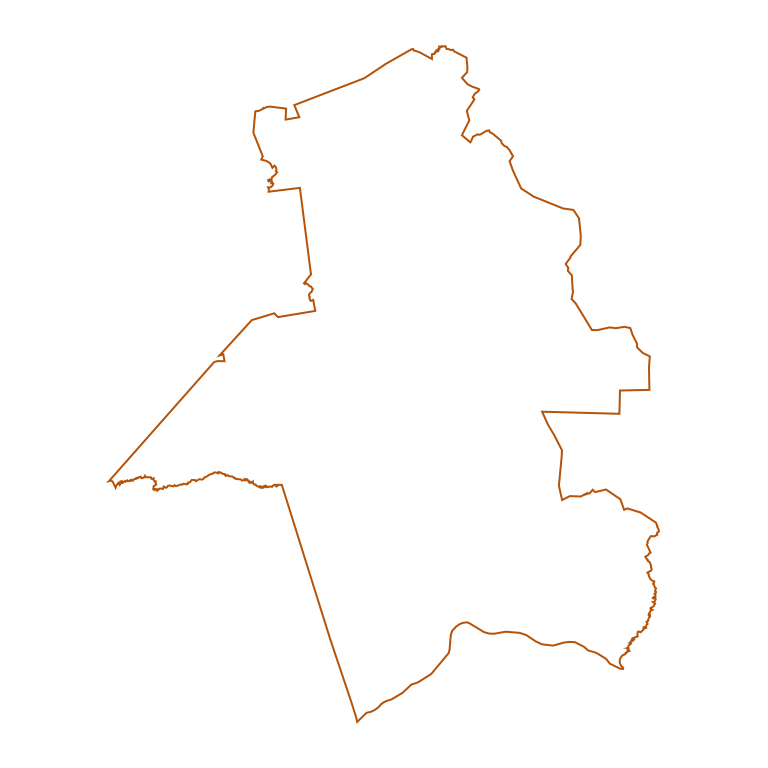 the district of Sējas pag., Sejas, Latvia
{"feature_id": "27541924B77555962795430", "entity_name": "Sējas pag.", "entity_type": "district", "adm_level": 2, "iso_a3": "LVA", "parent_name": "Latvia", "parent_adm1": "Sejas", "projection": "mercator", "projection_center": [24.49, 57.215], "detail": "fine", "context": "isolated", "style": "outline", "palette": "amber", "viewbox_px": 768, "rotation_deg": 0, "n_neighbors": 0, "source": "geoboundaries", "source_scale": "gbopen_adm2", "svg_char_len": 6083}
<svg xmlns="http://www.w3.org/2000/svg" viewBox="0 0 768 768"><path d="M625.2,654.2L625.6,652.9L626.6,652.8L627.1,651.7L629.3,651.0L628.7,650.2L628.3,650.6L627.6,650.0L627.7,649.1L628.6,649.1L628.5,648.4L627.1,648.1L628.0,647.8L628.5,645.8L631.1,643.5L630.7,642.9L629.7,642.8L630.9,641.7L631.8,639.4L632.5,639.2L632.4,640.3L632.9,640.8L634.2,639.3L633.0,638.1L637.7,636.4L637.3,635.1L637.7,632.2L638.4,631.5L640.7,632.2L643.2,629.9L643.6,628.9L645.2,628.2L643.5,627.7L643.6,627.2L645.9,626.8L646.5,624.9L647.6,623.9L646.6,621.7L648.1,620.9L648.3,619.2L650.2,616.1L650.0,615.2L649.2,615.9L648.7,615.5L648.8,614.0L650.6,610.8L652.4,609.9L650.5,608.9L650.4,608.2L653.4,606.4L655.1,603.8L653.1,602.1L654.5,601.9L655.7,599.3L654.7,598.2L653.5,598.5L652.8,598.0L653.6,597.1L655.4,597.1L655.4,594.9L654.5,594.1L655.4,593.6L656.0,592.1L655.2,591.8L655.2,590.3L656.0,588.3L654.9,587.4L654.0,584.9L653.2,584.2L653.2,583.4L653.8,583.2L654.3,581.4L652.0,580.5L650.3,578.9L648.7,575.6L648.9,574.7L647.4,572.6L651.1,570.6L651.7,569.3L651.1,567.4L650.8,564.8L649.5,561.9L648.1,561.3L648.1,560.5L647.4,560.1L647.5,559.4L646.3,558.6L645.3,556.8L648.1,555.1L649.4,553.2L650.6,552.7L646.9,544.7L647.7,542.9L647.4,541.6L650.7,536.2L654.4,536.3L657.3,534.7L656.9,533.5L657.3,532.6L659.0,531.4L658.3,528.8L657.0,526.1L657.3,525.9L655.9,522.6L640.6,512.5L627.2,508.4L624.1,509.8L620.4,499.3L606.0,489.5L595.1,492.1L592.7,489.8L589.9,493.1L585.6,494.4L585.9,493.8L580.8,496.5L569.9,496.1L562.1,500.0L558.9,485.7L561.7,456.4L562.0,450.3L554.3,435.3L548.1,424.9L542.1,411.7L619.4,413.8L620.0,390.5L649.4,389.9L649.0,367.4L649.8,356.4L642.7,352.9L637.0,347.3L637.1,343.9L632.7,335.1L630.3,328.1L624.5,326.8L615.8,328.2L609.7,327.4L597.5,330.1L591.9,330.0L575.7,303.4L571.6,299.0L573.1,291.3L572.7,290.5L571.9,275.5L567.8,270.7L568.3,267.9L565.7,264.0L570.4,257.6L570.4,256.5L580.3,245.0L580.8,236.0L579.0,218.3L573.4,209.9L563.1,208.5L533.6,196.6L521.1,188.4L512.9,170.5L509.6,161.2L513.0,156.3L511.2,153.0L509.0,149.3L507.7,148.3L507.1,147.0L504.4,146.0L501.6,143.1L501.2,140.8L492.9,133.8L489.8,132.2L489.1,130.4L486.4,130.9L479.7,134.8L477.7,134.3L473.0,136.7L470.9,141.6L470.2,142.3L461.9,135.2L469.3,120.4L466.8,110.9L474.4,99.4L472.7,97.4L474.8,93.7L477.8,91.7L479.3,89.6L478.6,88.9L472.1,86.6L467.6,84.3L461.9,77.8L467.2,72.1L467.4,67.2L466.5,57.7L453.9,51.2L453.1,49.7L450.7,50.1L449.2,49.2L446.5,48.9L445.5,46.2L442.7,46.5L442.1,46.1L441.5,46.9L440.8,47.0L441.0,46.5L439.3,46.5L439.6,47.3L438.7,48.4L439.5,48.3L439.4,49.3L437.2,50.1L438.3,50.9L438.2,51.4L435.9,51.3L435.9,51.8L434.8,52.4L435.1,53.1L434.2,54.0L431.9,54.3L431.9,59.0L419.2,52.1L413.5,50.3L413.1,49.0L411.1,49.5L385.8,63.9L364.3,78.2L294.3,105.1L299.3,117.2L285.6,119.6L286.1,108.6L269.9,106.6L266.7,107.0L263.8,108.4L263.4,108.0L261.9,109.4L259.0,110.8L255.3,111.4L253.4,132.7L262.8,156.4L261.3,159.6L266.6,161.0L270.1,163.3L270.6,163.9L272.4,167.8L274.5,165.6L276.1,167.7L276.5,169.4L275.9,171.2L277.1,172.2L274.9,175.0L272.1,177.1L271.9,178.1L271.3,179.1L268.2,179.9L268.2,180.8L268.8,181.5L271.8,180.8L272.0,182.2L271.4,183.2L272.9,183.1L273.3,183.6L272.9,185.1L270.7,187.3L268.0,187.3L268.9,189.3L268.6,191.7L299.9,187.9L311.0,274.4L304.0,283.3L305.1,284.2L306.2,283.3L307.2,283.8L309.8,286.4L311.0,286.5L312.8,289.1L311.4,292.1L310.4,292.6L309.1,294.4L308.9,295.6L309.8,296.9L309.4,298.4L310.7,300.9L313.2,299.9L315.3,310.9L278.0,317.1L274.3,313.3L251.8,320.1L219.5,355.5L223.3,354.3L224.5,361.2L217.5,361.1L214.2,362.0L109.0,481.1L110.8,480.6L112.6,481.5L115.6,487.7L116.2,485.9L118.3,482.8L119.2,483.4L119.3,484.6L119.7,485.0L120.6,483.0L120.2,481.8L120.4,481.4L122.0,481.2L122.2,481.8L121.5,482.9L122.5,483.1L122.9,482.1L123.7,481.6L125.1,481.8L125.3,480.9L126.2,481.2L127.3,480.4L127.8,481.2L130.4,480.9L130.2,480.3L131.1,479.8L131.7,480.3L132.9,479.9L133.1,480.3L133.6,479.4L136.0,478.9L136.3,477.9L137.9,478.2L138.4,477.3L139.9,476.9L140.6,476.8L140.5,477.6L141.6,478.2L142.8,478.0L144.1,477.4L145.0,475.8L145.8,477.2L150.8,477.3L151.2,477.6L151.3,478.5L152.0,479.0L153.7,478.4L153.6,479.9L154.8,481.6L155.7,481.4L155.6,482.8L156.3,484.2L155.2,485.4L153.8,485.8L153.2,489.2L154.3,490.0L154.9,489.0L155.5,489.0L157.1,490.8L157.6,490.3L157.3,489.5L157.4,489.2L159.1,489.3L159.4,488.7L161.0,488.5L163.1,488.9L163.8,486.5L166.0,487.8L167.2,487.1L167.8,485.9L169.3,485.5L173.4,486.4L174.5,485.2L176.0,486.2L180.9,484.4L182.1,484.8L183.4,483.7L186.3,484.4L186.6,483.8L187.8,483.9L188.1,482.6L190.1,482.1L191.8,479.9L195.2,480.1L195.8,481.2L199.4,479.2L202.1,479.6L203.5,478.9L204.3,477.4L205.7,477.1L210.0,474.4L212.8,473.7L213.5,472.8L215.4,472.4L218.5,473.4L219.0,473.0L218.8,472.1L221.2,472.7L222.6,473.8L225.1,474.2L225.4,474.6L225.2,475.4L225.8,475.9L227.6,475.1L228.9,476.2L232.3,476.5L233.7,477.4L234.3,478.3L235.3,478.1L236.1,479.0L240.8,479.4L242.0,480.6L244.0,480.2L244.4,479.2L245.3,480.1L245.7,479.2L247.1,479.3L247.3,480.4L248.2,480.3L248.9,481.0L248.6,481.7L248.8,482.1L249.5,482.0L249.8,482.8L250.9,482.0L251.2,482.7L251.8,482.8L252.9,481.7L253.0,483.0L254.1,484.5L255.6,484.5L256.1,485.4L258.0,486.6L259.7,486.3L259.6,487.1L260.0,487.6L261.4,486.8L261.8,487.9L262.8,487.9L263.2,486.8L264.0,486.1L264.5,486.6L265.0,486.1L265.2,486.9L265.7,487.3L266.3,487.1L266.5,486.3L268.5,487.2L269.4,486.5L272.1,486.8L272.7,485.8L274.3,484.9L275.9,484.8L276.1,485.2L275.9,486.1L276.5,486.5L277.6,485.7L277.6,484.9L278.1,484.6L280.2,485.1L281.8,484.8L330.1,638.8L351.5,702.6L356.0,716.9L357.2,721.9L366.6,712.8L371.2,711.7L374.7,710.0L378.2,707.5L381.1,704.2L383.6,702.4L386.6,700.9L391.7,699.3L402.7,692.7L411.3,684.6L417.9,682.4L431.3,673.9L448.6,653.2L449.5,650.1L450.8,634.9L452.2,630.8L455.9,626.8L459.3,624.3L462.7,622.9L466.8,622.3L469.3,623.2L484.2,632.2L489.2,633.6L494.5,633.7L505.7,631.7L519.8,632.9L526.3,635.1L535.6,641.3L541.9,644.3L553.0,645.6L564.2,642.5L569.4,641.9L575.0,642.2L584.0,646.8L588.0,650.4L595.0,652.4L598.1,653.9L606.1,658.9L609.9,663.7L620.2,668.7L623.1,668.9L623.1,667.7L621.2,665.9L619.8,662.9L619.7,660.2L620.5,657.9L622.5,655.3L625.2,654.2Z" fill="none" stroke="#b45309" stroke-width="2"/></svg>